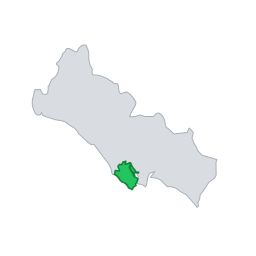 location of Lisboa within Portugal, rotated 299°
{"feature_id": "PRT-746", "entity_name": "Lisboa", "entity_type": "District", "adm_level": 1, "iso_a3": "PRT", "parent_name": "Portugal", "parent_adm1": "", "projection": "robinson", "projection_center": [-9.064, 38.994], "detail": "fine", "context": "in_parent", "style": "filled", "palette": "green", "viewbox_px": 256, "rotation_deg": 299, "n_neighbors": 0, "source": "natural_earth", "source_scale": "10m", "svg_char_len": 3832}
<svg xmlns="http://www.w3.org/2000/svg" viewBox="0 0 256 256"><g transform="rotate(299 128 128)"><path d="M98.9,35.7L101.9,33.1L104.8,31.4L106.4,30.7L113.2,28.9L115.0,28.1L116.7,28.2L117.0,29.1L117.9,30.7L119.0,31.9L119.3,32.7L116.7,36.2L116.3,37.4L117.7,39.7L118.0,40.4L118.6,40.7L120.5,40.6L123.7,39.1L125.9,37.9L126.7,38.4L133.1,37.7L134.7,38.3L135.7,38.9L138.8,39.8L142.3,39.8L146.5,38.7L148.4,37.5L148.7,36.1L148.8,35.1L149.4,34.5L150.3,34.1L151.9,34.8L154.0,35.3L159.2,35.5L160.3,34.8L162.0,35.0L164.4,35.9L167.1,35.6L168.4,36.8L169.0,38.3L169.2,41.6L169.0,44.9L169.6,46.1L171.4,46.4L174.3,46.4L177.0,47.3L179.1,48.8L179.8,50.4L180.1,51.5L179.1,52.2L177.7,54.5L174.1,57.6L169.0,60.4L165.1,63.8L162.4,68.0L159.0,69.7L158.0,70.7L157.6,71.8L159.9,76.9L160.6,80.8L161.2,85.6L160.9,86.9L160.8,92.2L160.3,93.7L160.4,95.0L161.2,96.3L161.6,97.6L160.1,99.3L157.3,101.2L155.2,102.8L154.6,104.4L154.8,105.4L158.4,108.7L159.0,110.1L158.6,113.4L156.6,118.8L154.6,122.1L154.3,122.4L152.0,123.4L141.3,123.4L138.7,124.1L139.1,124.8L141.6,129.0L144.3,131.3L145.1,131.8L146.1,136.8L150.4,144.7L154.6,145.8L156.1,147.8L155.8,150.6L154.6,153.6L152.0,156.8L149.0,159.0L147.1,161.1L146.9,163.7L146.3,166.9L145.4,169.5L145.1,171.2L152.8,182.0L157.1,181.5L157.6,181.7L156.9,184.3L155.6,187.3L154.0,187.9L150.3,188.8L146.9,192.7L144.2,197.4L142.1,199.7L140.2,205.3L140.4,207.7L141.4,211.4L143.4,221.1L140.6,221.6L129.6,227.9L126.2,227.9L119.8,225.1L108.6,224.2L104.9,223.4L100.3,225.2L96.8,225.2L94.0,227.5L92.0,226.9L94.3,221.6L97.9,211.3L97.8,205.0L98.6,199.5L97.6,194.1L95.8,190.7L98.3,181.9L98.0,177.4L95.7,171.6L102.6,172.5L100.4,170.2L98.4,168.8L96.3,169.1L94.6,169.1L88.8,171.3L85.9,171.9L85.0,171.6L85.4,168.0L83.9,163.4L86.2,162.2L88.9,161.8L91.2,159.9L92.6,157.7L91.9,153.8L93.9,150.1L98.6,146.9L96.1,147.4L93.4,149.4L89.0,156.4L87.5,160.0L83.8,161.2L80.4,161.8L78.7,161.4L76.7,160.5L76.5,157.9L76.7,155.7L78.1,151.5L78.6,145.6L80.6,140.3L80.5,138.9L79.9,136.8L81.7,134.7L83.8,133.3L87.1,128.8L91.8,117.9L97.1,106.4L96.6,105.0L95.5,104.0L95.9,100.9L99.1,87.4L100.4,85.7L101.9,81.7L102.2,75.4L102.8,71.0L102.7,68.8L102.2,66.2L100.2,61.1L98.0,50.5L97.8,46.9L99.6,45.1L96.7,44.8L95.4,42.5L95.7,39.9L98.9,35.7Z" fill="#d9dde1" stroke="#a8b0b8" stroke-width="1"/><path d="M98.6,146.8L97.1,147.8L94.4,148.1L93.9,148.4L93.3,149.5L91.8,151.6L90.0,155.0L89.0,156.1L88.7,156.6L88.5,157.3L88.5,158.0L88.6,159.3L88.7,160.2L88.3,161.2L86.7,161.6L84.8,161.9L82.7,161.8L82.2,162.2L81.6,162.9L80.3,162.1L78.9,161.6L78.1,161.4L76.8,161.6L76.1,161.4L76.1,160.6L76.3,160.0L75.9,158.3L75.9,157.4L76.1,157.1L76.5,156.6L77.3,155.8L78.3,152.7L78.3,150.3L77.9,148.8L78.2,148.0L78.3,146.9L79.6,144.8L80.0,143.7L80.7,142.3L80.8,140.8L81.0,139.6L80.8,138.6L81.1,138.5L82.3,138.5L83.6,137.8L83.9,137.6L84.3,137.7L84.5,137.6L84.7,137.8L85.0,138.1L85.2,138.5L85.9,140.9L86.5,141.3L87.1,140.8L87.8,140.1L88.5,138.9L89.2,138.1L89.5,137.9L90.1,137.8L90.6,137.8L91.2,138.1L92.1,138.3L92.5,139.2L92.4,139.8L94.6,140.4L95.9,140.1L96.2,140.6L97.8,142.1L97.3,142.5L96.8,142.7L95.9,142.6L95.5,142.7L95.0,143.0L95.0,143.3L95.2,143.5L95.4,143.6L95.6,143.8L95.9,144.3L96.0,144.5L97.0,145.3L97.2,145.5L97.8,145.7L98.0,145.9L98.2,146.0L98.3,146.2L98.6,146.8ZM93.7,158.8L93.7,158.5L93.4,158.0L93.0,157.2L92.8,156.4L93.1,155.8L92.3,155.9L92.0,155.2L91.8,154.3L91.5,153.4L92.9,150.6L93.7,149.4L94.8,148.6L95.5,148.4L96.8,148.3L97.5,148.1L98.6,147.2L98.7,147.4L98.6,147.6L98.4,147.7L97.7,148.4L96.6,148.8L96.7,149.1L97.0,149.4L96.4,150.2L96.2,150.7L95.9,151.0L95.6,151.7L94.5,154.6L94.0,155.4L93.8,155.7L93.3,156.2L93.3,156.7L93.9,157.4L94.0,157.5L94.1,157.8L94.4,158.7L94.1,158.7L93.7,158.8ZM90.6,155.2L90.8,155.0L90.8,155.3L90.6,155.9L90.1,156.5L89.5,157.1L89.3,157.0L89.6,156.3L89.9,155.8L90.3,155.4L90.5,155.2L90.6,155.2Z" fill="#22c55e" stroke="#15803d" stroke-width="1.5"/></g></svg>